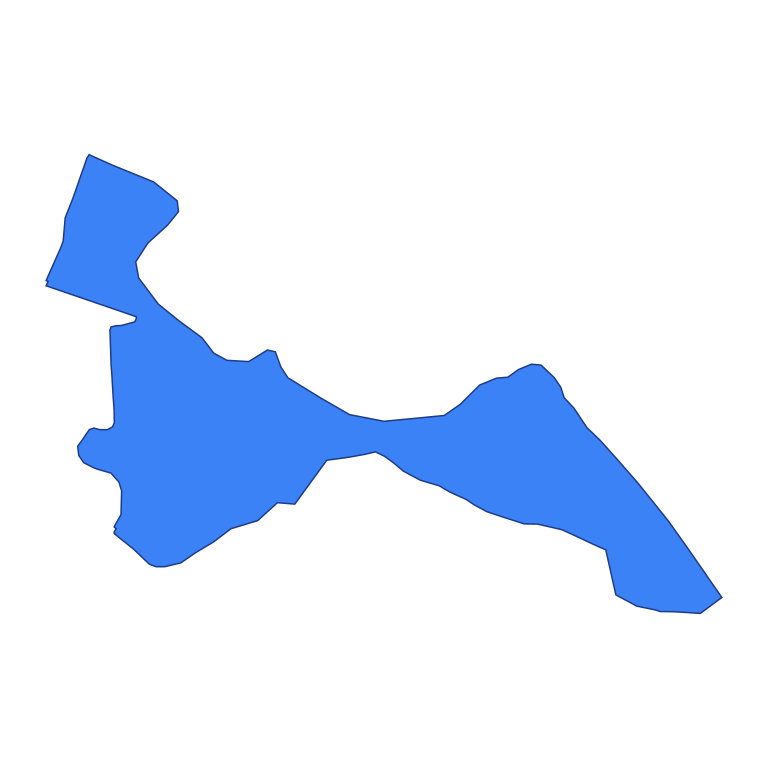 outline of Saraf Omra, Western Darfur, Sudan
{"feature_id": "16777658B82122608499404", "entity_name": "Saraf Omra", "entity_type": "district", "adm_level": 2, "iso_a3": "SDN", "parent_name": "Sudan", "parent_adm1": "Western Darfur", "projection": "orthographic", "projection_center": [23.394, 13.638], "detail": "fine", "context": "isolated", "style": "filled", "palette": "blue", "viewbox_px": 768, "rotation_deg": 0, "n_neighbors": 0, "source": "geoboundaries", "source_scale": "gbopen_adm2", "svg_char_len": 3389}
<svg xmlns="http://www.w3.org/2000/svg" viewBox="0 0 768 768"><path d="M89.1,154.6L89.0,154.9L88.6,155.4L88.4,155.9L88.0,156.4L87.0,158.0L86.8,158.3L84.9,164.0L82.5,170.7L80.0,177.9L79.1,180.5L78.5,182.3L77.8,184.2L75.1,192.1L74.6,193.4L73.7,195.9L72.6,199.1L72.5,199.3L71.9,200.8L70.9,203.4L69.6,206.7L66.9,213.4L65.2,217.8L63.3,239.8L63.2,241.1L60.3,248.8L57.8,254.3L46.1,280.6L48.1,281.4L46.1,285.8L46.7,286.0L136.2,316.7L136.2,317.0L136.3,317.5L136.3,318.5L136.2,318.8L134.7,321.9L121.3,325.5L118.7,325.6L116.1,325.7L111.1,327.0L109.9,330.0L110.1,334.1L110.1,334.4L110.2,336.1L110.2,337.6L110.6,350.0L111.0,361.7L111.0,362.6L111.1,365.7L111.2,366.5L111.6,371.5L111.8,373.9L112.1,378.6L112.1,379.1L112.6,387.7L113.1,396.1L113.3,399.0L114.1,409.8L114.2,418.2L114.3,419.5L114.3,419.8L114.3,420.0L114.3,420.7L114.3,422.8L112.5,426.9L107.3,429.7L99.6,429.6L93.8,428.1L89.3,429.6L87.1,432.8L85.7,434.8L83.8,437.7L81.8,440.7L81.3,441.3L79.8,443.4L78.5,445.1L77.7,446.2L77.8,447.0L78.0,449.3L78.2,450.2L78.2,450.6L78.3,451.1L78.3,451.4L78.3,451.7L78.4,452.1L78.4,452.4L78.5,453.1L78.5,453.4L78.6,453.9L78.7,454.6L78.7,455.0L78.8,455.4L78.8,455.6L83.9,462.8L91.4,466.6L93.6,467.7L94.4,468.0L96.4,468.8L96.8,468.9L98.1,469.4L111.0,473.1L119.0,482.2L121.6,490.8L121.6,491.8L121.0,514.5L114.1,526.9L115.6,528.3L116.1,528.5L114.1,532.1L114.6,532.6L114.2,533.5L118.3,536.9L120.7,538.8L120.9,539.0L124.2,541.7L125.8,542.9L126.7,543.6L128.0,544.7L130.5,546.7L131.1,547.2L131.3,547.3L133.6,549.2L138.9,554.2L141.5,556.7L144.8,559.9L149.5,564.3L151.3,565.0L152.1,565.3L152.6,565.4L152.9,565.6L153.8,565.9L154.2,566.0L154.8,566.2L155.1,566.3L155.3,566.4L156.1,566.7L159.7,566.7L164.7,566.7L171.0,565.2L181.0,562.8L193.1,554.4L194.9,553.1L213.6,541.9L231.0,528.7L245.5,524.3L257.7,520.6L261.9,516.8L270.4,509.1L277.4,502.7L294.8,504.1L326.8,460.2L338.2,458.7L349.6,457.1L356.8,455.8L364.1,454.5L369.7,453.2L375.4,451.9L380.0,454.1L384.7,456.4L389.4,459.8L394.1,463.3L398.6,467.1L403.2,471.0L411.6,475.6L420.1,480.1L429.7,483.0L439.3,485.8L444.6,489.0L450.0,492.1L455.2,494.5L460.4,496.8L466.3,499.5L470.1,502.1L474.0,504.7L480.3,508.1L486.7,511.6L495.7,514.6L504.6,517.6L514.4,520.7L524.2,523.9L530.8,524.0L537.5,524.1L549.8,526.9L562.2,529.8L580.1,538.1L591.6,543.5L597.9,546.4L605.8,549.8L608.0,559.7L612.8,581.3L613.9,586.1L615.9,594.9L621.8,598.1L626.3,600.5L632.5,603.8L636.7,606.1L648.8,608.6L653.8,609.6L654.7,609.8L655.0,609.9L655.4,610.0L655.9,610.2L657.1,610.5L657.6,610.7L658.6,611.0L659.8,611.4L660.0,611.5L660.3,611.6L662.8,611.6L666.7,611.6L670.7,611.7L673.0,611.7L680.0,612.1L686.7,612.5L695.8,613.1L697.3,613.2L700.2,613.4L700.5,613.3L700.8,613.1L701.8,612.3L703.2,611.3L704.3,610.5L706.0,609.2L711.1,605.4L717.6,600.6L718.7,599.8L721.6,597.7L721.9,597.5L708.3,578.0L704.5,572.4L696.3,560.6L686.4,546.4L681.8,539.9L680.5,538.1L668.3,520.9L638.2,483.4L619.0,461.4L618.0,460.2L600.1,440.3L586.9,427.6L573.9,408.1L564.2,397.8L560.7,387.1L554.2,377.6L541.1,365.1L531.5,364.2L518.4,369.6L507.9,377.2L496.6,378.1L479.7,385.0L460.4,404.2L444.2,415.5L384.0,421.3L349.5,414.6L320.7,398.0L287.9,377.8L280.9,367.0L275.3,351.8L267.4,350.0L248.7,361.6L226.8,360.3L213.7,353.1L202.0,337.8L178.8,320.7L158.3,304.1L138.7,278.0L135.7,261.9L147.9,243.0L167.6,225.1L178.5,211.6L177.2,200.8L153.6,181.9L148.9,180.0L112.7,165.3L92.5,156.2L89.1,154.6Z" fill="#3b82f6" stroke="#1e3a8a" stroke-width="1.5"/></svg>